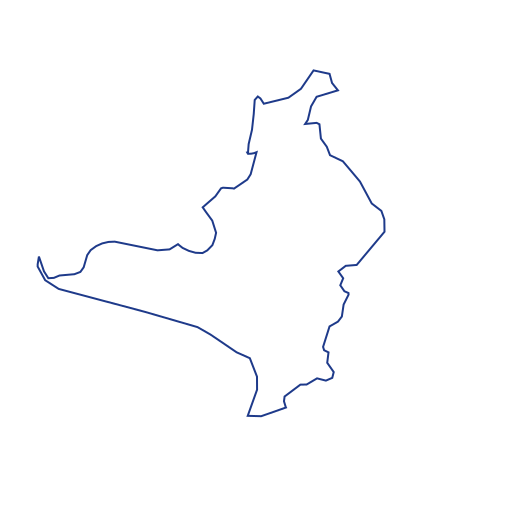 the border of East Riding of Yorkshire, rotated 139°
{"feature_id": "GBR-2124", "entity_name": "East Riding of Yorkshire", "entity_type": "Unitary Authority", "adm_level": 1, "iso_a3": "GBR", "parent_name": "United Kingdom", "parent_adm1": "", "projection": "orthographic", "projection_center": [-0.492, 53.866], "detail": "fine", "context": "isolated", "style": "outline", "palette": "blue", "viewbox_px": 512, "rotation_deg": 139, "n_neighbors": 0, "source": "natural_earth", "source_scale": "10m", "svg_char_len": 1530}
<svg xmlns="http://www.w3.org/2000/svg" viewBox="0 0 512 512"><g transform="rotate(139 256 256)"><path d="M332.8,122.0L357.2,131.7L367.1,140.8L342.9,154.4L334.4,164.3L327.7,182.9L333.8,196.0L341.9,226.6L346.8,240.7L376.4,286.6L426.5,360.6L431.0,376.0L427.7,391.3L426.2,393.0L420.2,398.0L426.1,383.5L427.3,375.5L422.9,372.1L417.1,370.2L405.0,361.4L399.0,359.2L393.5,360.5L382.8,367.4L376.9,368.9L370.1,368.3L363.8,366.4L358.1,363.4L353.2,359.5L326.6,324.9L316.9,317.7L307.1,316.1L306.9,314.5L306.1,310.3L303.3,303.9L299.5,298.1L294.4,293.3L289.1,292.2L281.8,292.8L275.9,296.0L270.9,299.7L265.8,311.4L264.9,322.1L264.3,327.7L247.5,327.7L238.0,330.0L236.1,329.2L229.2,322.4L228.4,321.3L212.4,319.4L206.4,321.2L187.5,334.0L190.0,334.9L192.4,336.3L194.8,338.2L195.0,338.4L195.0,338.5L194.7,339.9L194.0,339.5L188.1,345.3L176.2,353.9L164.6,364.6L154.6,374.6L150.0,375.2L149.3,372.0L150.2,365.8L127.7,354.2L112.4,352.7L90.8,358.3L81.0,345.2L85.1,336.7L85.5,327.3L105.8,336.4L116.3,332.8L127.6,324.7L132.3,323.4L122.9,316.7L121.7,313.8L130.0,302.0L130.9,292.0L134.0,283.5L128.3,270.5L128.5,255.2L128.7,244.0L134.2,219.7L131.8,207.8L132.3,206.5L135.1,199.5L143.1,190.0L185.9,183.2L194.7,189.7L204.0,190.3L204.8,182.0L211.6,178.6L212.4,171.4L210.5,167.4L211.5,166.1L221.7,161.9L230.9,154.0L237.2,152.7L246.7,154.6L265.0,143.4L266.4,140.2L264.5,135.7L272.3,128.7L273.5,117.4L278.4,114.0L285.0,116.1L290.2,123.6L302.1,125.8L306.9,129.8L326.6,131.2L330.2,128.0L332.7,122.4L332.8,122.0Z" fill="none" stroke="#1e3a8a" stroke-width="2"/></g></svg>